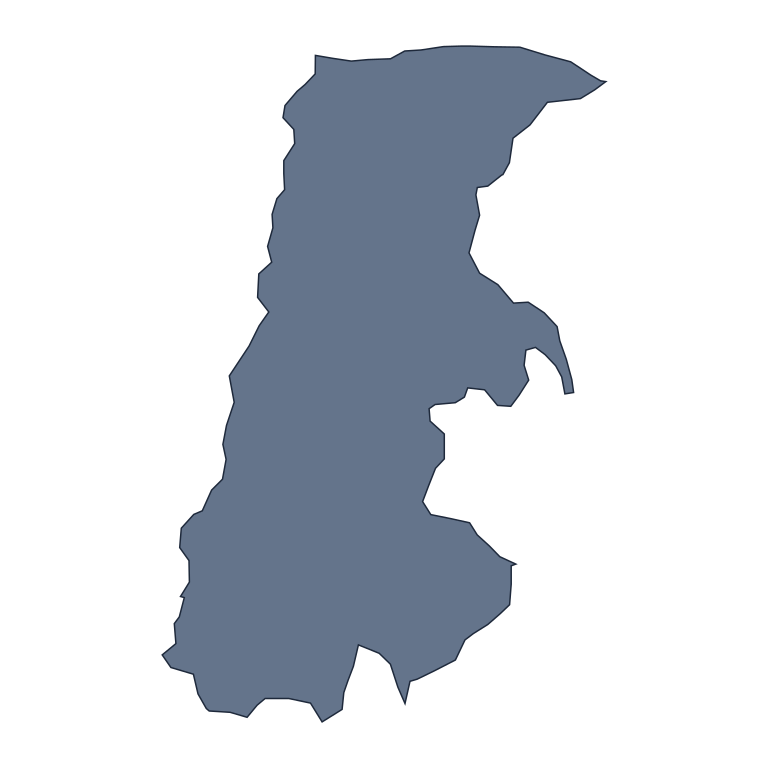 Pano Kivides, Limassol, Cyprus (orthographic projection)
{"feature_id": "46923920B16350634137742", "entity_name": "Pano Kivides", "entity_type": "district", "adm_level": 2, "iso_a3": "CYP", "parent_name": "Cyprus", "parent_adm1": "Limassol", "projection": "orthographic", "projection_center": [32.846, 34.75], "detail": "fine", "context": "isolated", "style": "filled", "palette": "slate", "viewbox_px": 768, "rotation_deg": 0, "n_neighbors": 0, "source": "geoboundaries", "source_scale": "gbopen_adm2", "svg_char_len": 1838}
<svg xmlns="http://www.w3.org/2000/svg" viewBox="0 0 768 768"><path d="M515.8,564.1L499.8,556.7L489.5,546.1L477.2,534.9L469.6,522.8L451.1,518.7L430.8,514.6L422.6,501.6L428.5,486.0L435.5,468.3L444.3,458.9L444.3,434.0L430.1,421.1L429.1,408.7L435.1,404.5L455.3,402.7L464.4,397.1L467.7,387.9L484.6,389.8L497.5,405.4L510.8,406.3L519.0,395.3L528.7,380.1L524.1,365.3L525.9,350.1L535.5,347.4L545.2,354.7L555.7,365.8L561.7,376.9L564.9,393.9L573.6,392.5L571.8,379.6L566.3,359.3L559.8,340.9L557.1,326.6L548.5,317.4L544.2,312.8L528.2,302.2L513.5,303.1L497.9,284.7L479.6,273.2L469.0,252.9L475.0,230.4L479.6,215.2L475.9,194.9L477.3,187.5L487.8,186.1L501.6,175.1L502.9,174.6L509.4,162.7L513.0,138.2L530.0,124.9L547.4,102.3L580.4,98.6L594.6,89.9L605.8,81.6L600.5,80.8L590.8,75.1L570.7,61.8L544.9,54.9L519.9,47.2L494.5,46.8L470.7,46.1L460.9,46.1L443.4,46.6L420.9,50.0L404.7,51.0L390.5,58.8L367.8,59.6L351.3,61.1L332.5,58.3L315.4,55.4L315.2,73.9L305.1,84.5L297.1,91.3L285.0,105.5L283.0,117.7L293.8,129.4L294.7,143.6L283.8,160.6L283.8,173.5L284.6,189.7L276.9,198.6L272.1,214.4L272.9,227.8L267.6,246.4L271.7,262.2L258.8,273.9L257.6,297.4L268.8,312.0L259.2,325.7L249.1,346.0L229.3,375.9L234.2,402.3L226.5,425.4L222.9,444.4L226.1,459.4L222.5,479.2L211.6,490.1L202.3,510.8L193.8,514.4L181.3,528.2L179.7,547.6L189.0,560.6L189.4,582.1L180.5,596.5L184.3,597.6L179.3,616.9L174.3,623.6L175.9,643.6L162.2,654.9L170.9,667.5L193.4,674.2L198.0,693.9L206.3,708.5L209.2,711.0L230.1,712.3L247.1,717.3L257.1,705.2L265.1,698.5L288.8,698.5L310.5,703.1L322.1,721.9L342.1,709.4L343.8,692.6L348.0,680.5L353.4,666.3L358.4,644.9L379.2,653.3L390.4,664.2L397.9,687.2L405.0,703.5L410.0,681.3L417.1,679.2L434.2,670.9L455.4,660.0L465.0,639.9L473.3,633.6L487.9,624.4L500.4,613.5L509.6,604.7L511.2,584.2L511.2,565.8L515.8,564.1Z" fill="#64748b" stroke="#1e293b" stroke-width="1.5"/></svg>